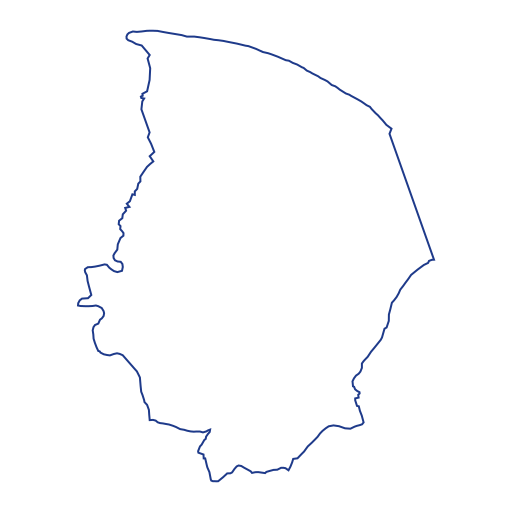 Yutanduchi de Guerrero, Oaxaca, Mexico (Mercator projection)
{"feature_id": "50627088B821547754405", "entity_name": "Yutanduchi de Guerrero", "entity_type": "district", "adm_level": 2, "iso_a3": "MEX", "parent_name": "Mexico", "parent_adm1": "Oaxaca", "projection": "mercator", "projection_center": [-97.304, 17.076], "detail": "fine", "context": "isolated", "style": "outline", "palette": "blue", "viewbox_px": 512, "rotation_deg": 0, "n_neighbors": 0, "source": "geoboundaries", "source_scale": "gbopen_adm2", "svg_char_len": 3997}
<svg xmlns="http://www.w3.org/2000/svg" viewBox="0 0 512 512"><path d="M434.0,259.7L389.5,133.8L391.5,128.7L386.4,124.9L382.5,120.2L382.0,119.7L380.3,117.9L378.0,115.3L375.5,113.1L371.6,109.0L369.9,106.8L366.6,105.2L364.1,103.4L361.2,101.4L357.7,99.4L351.0,95.8L349.3,94.7L345.9,93.5L339.7,89.6L337.6,87.9L335.3,86.3L331.7,85.0L327.5,81.4L324.7,79.9L320.5,78.0L318.2,76.3L314.3,74.4L312.1,73.3L310.2,72.1L306.8,70.6L303.6,67.9L302.0,67.3L297.1,64.5L292.8,62.9L288.9,60.7L285.8,60.2L277.8,56.7L271.4,54.3L268.1,53.2L262.8,52.0L256.1,48.9L248.4,46.1L245.6,45.7L241.5,44.7L236.9,43.6L231.8,42.6L226.7,41.6L223.3,40.9L218.2,40.2L214.0,39.8L210.5,39.1L204.2,38.0L199.7,37.3L194.3,36.6L186.9,36.6L181.7,35.1L168.3,32.9L163.2,32.0L157.5,30.9L151.8,30.7L147.0,30.8L141.4,31.5L136.8,31.9L132.9,31.5L129.0,32.9L127.4,34.4L126.5,36.5L126.6,38.6L128.2,40.2L132.2,41.7L136.1,44.0L141.7,45.5L149.7,55.0L147.6,58.5L150.2,68.2L149.6,80.0L147.1,91.3L142.4,93.8L142.7,95.7L140.9,96.6L141.3,98.0L144.1,98.5L142.3,101.4L141.4,109.3L149.6,132.4L147.8,137.3L151.1,143.8L154.3,151.9L149.7,156.2L153.3,161.4L150.0,164.1L147.0,166.9L143.8,171.5L140.3,176.7L140.4,181.4L138.3,183.6L137.2,188.9L134.8,191.4L134.8,194.9L132.4,194.3L129.9,201.2L126.8,203.7L129.4,206.9L125.2,207.9L126.1,210.7L122.8,214.3L122.3,218.2L119.1,220.7L118.7,224.2L120.5,226.1L120.2,229.1L122.2,231.3L123.5,233.1L123.4,235.7L120.5,238.0L117.8,244.3L117.3,249.6L114.5,253.4L113.4,255.5L113.6,258.0L115.0,260.3L117.6,261.5L120.7,261.8L122.4,264.0L122.8,267.0L122.0,270.8L117.4,272.1L114.0,271.1L111.3,269.3L109.3,267.7L106.9,264.8L104.6,264.4L99.5,265.7L95.0,266.6L91.3,267.1L87.8,267.2L85.1,269.0L84.8,270.2L85.2,272.2L86.9,275.3L87.6,281.0L88.9,286.1L91.3,295.0L88.0,298.2L82.0,298.6L79.7,300.4L78.2,303.2L78.0,305.5L80.5,306.0L85.5,306.2L88.6,306.2L92.5,306.0L95.9,305.5L98.3,306.2L99.6,306.9L101.7,308.0L103.6,311.1L104.1,313.3L103.6,316.0L101.8,318.4L100.0,319.7L98.3,323.6L95.0,325.0L93.5,327.1L92.7,330.3L93.3,334.4L93.6,338.7L94.9,342.9L96.6,347.4L98.3,351.0L98.9,351.1L99.7,351.4L100.5,352.6L103.8,354.3L107.0,355.0L109.9,355.4L113.8,354.0L117.0,353.3L119.7,353.9L122.7,355.2L134.5,368.7L136.9,371.4L139.1,375.8L139.9,377.5L140.6,385.9L141.2,391.7L142.5,395.0L144.1,400.0L144.5,402.1L147.1,404.9L148.9,409.9L149.2,414.5L149.7,420.1L153.0,419.9L155.7,420.6L157.7,422.3L160.1,423.1L162.8,423.4L166.0,424.0L169.0,424.5L173.0,425.8L176.0,427.0L180.1,429.1L184.2,429.8L187.1,430.7L190.5,431.4L193.8,431.7L196.6,431.5L199.8,431.5L203.0,432.4L206.3,431.4L208.0,430.4L210.1,429.6L209.7,432.0L208.0,433.9L206.1,436.6L205.7,438.9L204.3,440.0L201.6,444.7L200.0,446.4L199.5,447.6L198.1,451.2L198.4,452.7L203.5,454.5L203.6,456.4L203.7,458.4L205.2,458.4L206.9,465.7L207.4,467.5L209.4,472.1L210.8,479.5L211.3,480.6L212.9,481.2L214.9,481.2L216.3,481.3L218.2,481.2L223.2,477.1L227.2,473.4L230.4,473.3L232.1,472.4L234.5,468.9L236.7,466.4L238.6,465.5L241.3,466.0L244.1,467.7L247.8,469.7L250.7,471.3L252.0,472.9L255.3,472.2L258.2,472.1L265.1,473.1L266.4,471.9L269.8,470.9L273.5,469.9L277.3,469.7L281.1,467.8L283.4,467.8L285.5,468.2L288.5,470.3L290.4,466.7L292.1,462.5L293.2,458.9L297.5,458.3L301.6,454.0L304.1,451.5L306.1,448.7L307.8,446.4L311.7,442.8L314.9,439.6L317.6,436.8L320.0,433.5L322.5,430.9L325.7,428.3L328.7,426.3L333.5,425.4L339.0,426.2L345.0,428.3L350.4,428.7L354.5,426.7L356.7,425.9L359.8,425.1L362.1,424.3L363.6,422.4L361.8,415.7L359.9,410.8L358.8,406.3L357.0,405.9L355.2,400.3L355.2,398.4L358.6,397.6L358.2,394.8L359.6,393.5L359.5,392.2L357.2,391.0L355.1,389.3L354.1,386.8L353.0,386.3L352.5,381.3L354.0,378.3L356.0,375.6L358.7,373.7L360.4,371.6L361.9,367.9L361.9,363.5L363.4,361.4L364.8,359.8L367.7,356.8L371.0,351.8L374.5,347.6L380.7,339.9L382.0,337.5L384.5,328.7L386.6,327.5L388.8,320.9L388.9,314.5L390.3,309.3L391.9,302.7L394.0,300.4L396.6,297.0L398.7,293.3L400.3,289.6L403.2,285.9L405.4,282.8L407.9,279.5L411.1,274.9L417.6,269.6L423.8,265.0L428.1,262.9L429.0,260.9L431.9,259.8L434.0,259.7Z" fill="none" stroke="#1e3a8a" stroke-width="2"/></svg>